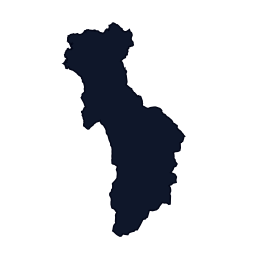 Viseu De Sus, Maramures, Romania (Equal Earth projection), rotated 82°
{"feature_id": "2599482B29272947771159", "entity_name": "Viseu De Sus", "entity_type": "district", "adm_level": 2, "iso_a3": "ROU", "parent_name": "Romania", "parent_adm1": "Maramures", "projection": "equal_earth", "projection_center": [24.481, 47.762], "detail": "fine", "context": "isolated", "style": "filled", "palette": "ink", "viewbox_px": 256, "rotation_deg": 82, "n_neighbors": 0, "source": "geoboundaries", "source_scale": "gbopen_adm2", "svg_char_len": 5725}
<svg xmlns="http://www.w3.org/2000/svg" viewBox="0 0 256 256"><g transform="rotate(82 128 128)"><path d="M60.6,179.9L59.3,178.4L59.9,178.0L60.2,178.0L61.1,177.7L61.6,177.3L62.2,175.9L62.6,175.4L62.6,175.0L63.3,174.0L66.3,170.9L67.5,170.3L68.0,169.7L68.9,169.2L69.1,168.7L70.0,167.9L70.6,167.0L71.1,167.1L71.7,166.7L72.5,166.9L73.0,166.5L74.2,166.3L75.8,166.5L76.3,166.2L76.6,165.7L77.0,165.5L77.2,165.2L78.1,165.1L78.1,165.4L80.5,165.1L82.3,165.3L83.3,165.8L84.1,165.6L86.4,165.9L88.0,168.4L88.5,168.7L89.5,168.7L90.8,169.5L91.5,169.5L91.6,170.0L96.8,168.0L100.3,167.4L101.4,167.0L101.6,167.3L102.1,168.5L105.0,170.2L105.2,171.5L105.4,171.6L106.2,171.6L107.4,170.8L109.1,171.5L110.6,170.9L112.3,170.9L114.4,170.4L115.4,170.7L116.8,170.7L117.8,171.2L119.7,171.5L120.5,170.5L122.6,168.8L123.4,167.9L123.4,166.9L121.7,165.1L121.4,164.4L120.7,163.6L120.6,162.8L119.5,161.6L119.0,161.4L118.4,159.9L117.6,158.7L117.3,156.6L116.7,154.6L117.6,154.6L118.5,154.2L119.6,153.9L120.4,153.3L121.7,151.8L124.3,150.7L124.6,150.5L127.1,149.8L129.8,150.0L130.7,149.8L132.5,148.7L137.2,148.2L140.7,147.2L142.8,147.4L144.5,146.5L145.5,146.6L146.7,146.5L149.5,147.0L151.1,147.1L153.5,147.7L156.3,147.9L157.2,148.3L160.8,148.6L161.5,147.9L161.9,146.6L162.2,146.1L163.2,145.1L164.0,144.0L164.4,143.9L165.9,144.2L166.3,144.5L167.7,145.2L169.8,144.7L172.0,144.8L176.3,145.8L178.4,147.9L180.9,151.0L181.4,151.1L182.5,151.0L185.3,151.4L186.2,151.9L186.9,152.7L189.0,153.2L189.5,154.3L190.3,155.0L191.1,155.2L192.1,155.3L194.4,154.5L195.6,154.3L197.8,154.5L198.7,154.9L201.4,155.3L204.6,155.0L205.2,154.7L205.3,154.2L206.2,152.9L206.8,152.4L208.9,151.4L209.4,150.7L210.1,150.7L211.6,151.9L212.8,152.4L214.8,152.5L218.8,153.3L219.9,153.2L220.7,153.4L221.9,154.9L223.2,155.8L227.0,157.0L227.8,157.4L228.4,156.6L231.3,154.3L232.3,153.3L233.9,151.2L234.0,150.7L233.9,149.6L232.1,148.0L233.1,144.7L233.5,143.0L231.9,141.8L231.4,140.3L231.0,137.7L231.0,136.5L229.8,135.0L230.0,133.0L225.7,129.6L220.5,126.0L220.3,123.4L219.3,122.6L218.9,121.3L212.7,118.6L212.5,117.4L213.2,115.1L212.8,111.2L211.5,109.1L209.6,107.8L206.5,104.5L207.4,101.8L207.2,101.1L207.5,100.3L208.5,98.8L209.2,98.3L209.1,96.9L201.1,95.5L199.5,95.9L198.2,95.6L196.6,94.7L195.3,94.5L193.2,94.5L191.0,95.4L190.2,94.1L190.1,92.9L188.8,91.2L188.5,87.9L186.1,88.0L183.2,86.9L180.4,88.1L178.1,92.0L175.2,89.2L173.1,88.2L172.7,87.2L172.5,86.0L170.4,84.5L167.8,86.0L166.1,85.9L164.4,86.9L162.6,86.5L160.9,86.4L158.6,86.5L157.9,84.9L158.0,81.8L157.4,79.9L154.9,79.0L150.1,78.6L149.6,77.8L149.6,77.1L149.0,76.7L148.7,75.8L146.0,74.5L144.8,74.4L144.1,73.1L143.0,74.0L142.0,74.3L139.8,75.8L139.1,76.0L137.4,77.4L137.3,77.8L136.7,78.3L136.2,78.7L135.3,79.0L134.7,79.5L134.2,79.6L133.5,79.2L132.4,79.1L131.9,79.9L130.4,81.3L129.6,82.7L127.8,83.2L126.5,83.8L123.4,86.5L122.5,87.6L122.2,88.3L121.4,88.6L119.9,89.5L119.5,90.1L119.3,91.2L118.2,91.5L117.2,92.4L116.4,92.5L115.6,92.2L114.5,92.7L113.2,93.8L111.2,97.7L111.0,99.0L111.0,102.7L111.2,104.0L111.6,105.2L111.2,106.4L110.6,107.4L109.2,109.1L108.7,110.0L108.0,110.7L106.9,110.7L105.7,110.3L104.6,110.4L103.3,110.2L98.8,111.1L98.4,111.5L98.1,113.9L97.7,113.6L97.8,114.3L94.6,116.4L94.0,116.8L93.6,117.6L92.0,118.2L91.3,118.8L89.7,119.0L88.6,120.6L84.9,123.9L82.2,122.7L75.5,122.6L74.3,122.9L72.8,122.1L72.3,122.1L72.3,121.8L72.1,121.7L70.8,122.0L70.7,122.1L70.8,122.3L70.8,122.5L69.8,123.0L69.0,122.9L69.3,123.2L67.5,123.9L66.1,124.2L64.1,124.2L62.9,124.5L61.8,124.9L61.3,125.5L61.1,126.0L60.4,125.7L58.7,123.4L58.3,122.7L58.0,121.3L57.7,120.8L55.4,120.2L55.2,119.8L55.4,119.3L54.8,119.0L55.1,118.6L54.9,118.5L54.4,118.6L53.2,118.2L52.2,117.5L50.1,117.7L49.2,116.3L48.2,116.1L47.5,115.6L47.5,114.1L47.1,113.7L47.3,113.3L47.2,112.1L46.5,111.2L45.2,111.3L43.7,111.2L42.0,112.3L40.8,112.6L39.1,112.4L36.7,111.1L35.7,111.1L34.2,111.4L33.9,111.6L33.5,112.2L32.9,112.6L30.8,113.0L31.6,114.3L32.0,115.4L32.4,116.1L32.3,117.5L32.0,118.4L31.0,119.4L31.0,119.8L29.8,120.4L29.3,120.0L28.8,120.4L27.6,121.9L26.1,122.8L24.4,124.2L24.3,124.4L24.5,124.9L22.9,126.5L22.0,128.0L22.1,128.8L23.2,129.7L23.5,130.8L24.0,131.6L23.8,132.3L24.2,132.5L24.7,132.1L25.4,132.2L25.9,132.5L26.2,132.3L26.7,133.0L28.3,133.3L28.6,133.8L27.6,134.3L27.1,135.0L27.2,135.4L27.6,135.8L28.0,136.6L28.5,137.0L29.0,137.0L30.4,138.5L31.0,139.7L30.4,140.4L29.6,142.7L27.7,144.3L27.8,145.0L27.1,146.8L27.3,147.2L27.2,147.4L26.5,147.3L26.5,148.4L26.8,148.8L26.1,151.6L25.6,153.3L25.3,153.5L25.3,154.1L25.4,154.4L25.1,155.0L25.5,155.3L25.7,155.7L25.7,156.8L26.1,156.8L25.8,157.0L26.0,157.5L27.2,158.3L28.0,159.4L28.6,160.5L28.9,161.8L28.8,163.6L27.6,165.0L27.9,166.9L27.8,167.4L27.8,168.1L27.4,168.7L27.6,168.8L27.6,169.1L27.4,169.9L27.6,170.4L27.5,170.7L27.6,171.9L28.1,172.5L28.5,174.2L28.6,174.4L29.4,173.9L29.7,173.8L29.7,174.6L30.3,175.1L31.5,175.2L32.8,175.5L32.5,175.0L32.7,174.8L32.9,174.8L33.1,175.1L34.3,175.2L34.7,175.0L34.8,174.2L36.5,173.7L36.7,173.3L36.9,173.7L37.2,173.6L37.4,173.5L36.9,172.8L37.4,173.1L37.0,172.5L37.4,172.7L37.4,172.2L37.6,172.5L37.6,173.0L38.1,173.4L39.6,173.1L40.1,172.5L40.6,172.5L40.9,172.3L40.9,172.7L41.0,172.5L41.0,172.3L41.3,172.2L41.6,172.8L41.8,172.7L42.3,173.2L42.2,173.5L41.8,173.5L42.2,174.0L42.0,175.1L42.0,175.4L42.2,175.5L42.0,175.9L41.0,176.2L41.2,176.9L41.7,177.1L42.2,177.0L42.4,177.6L42.9,178.4L43.8,178.7L44.2,179.2L44.7,179.5L45.8,179.7L46.5,180.5L48.8,180.4L49.4,179.7L49.3,179.2L50.0,179.2L50.6,178.7L50.8,178.8L51.4,178.5L52.1,178.6L52.0,179.9L52.3,180.2L52.3,180.4L53.3,180.6L54.1,179.9L54.1,180.7L53.9,180.9L54.0,181.0L53.8,181.4L54.3,182.0L54.9,181.8L55.2,182.9L55.5,182.4L56.0,182.3L56.8,181.6L57.7,181.1L58.1,181.0L58.1,181.3L58.7,181.3L59.6,181.0L60.1,181.1L60.6,179.9Z" fill="#0f172a" stroke="#020617" stroke-width="1.5"/></g></svg>